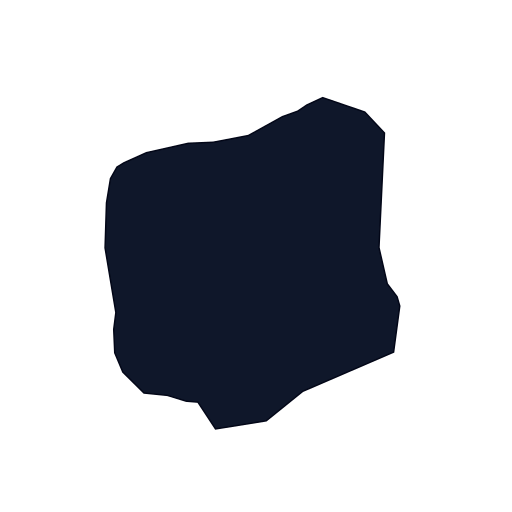 Šmarje pri Jelšah, orthographic projection, rotated 23°
{"feature_id": "SVN-993", "entity_name": "Šmarje pri Jelšah", "entity_type": "Municipality", "adm_level": 1, "iso_a3": "SVN", "parent_name": "Slovenia", "parent_adm1": "", "projection": "orthographic", "projection_center": [15.519, 46.216], "detail": "fine", "context": "isolated", "style": "filled", "palette": "ink", "viewbox_px": 512, "rotation_deg": 23, "n_neighbors": 0, "source": "natural_earth", "source_scale": "10m", "svg_char_len": 546}
<svg xmlns="http://www.w3.org/2000/svg" viewBox="0 0 512 512"><g transform="rotate(23 256 256)"><path d="M206.4,425.9L178.8,414.9L163.8,400.3L153.7,379.1L149.1,362.8L113.9,307.5L97.6,265.5L91.8,241.6L93.3,228.4L98.2,221.6L114.8,203.7L149.5,178.8L172.2,168.0L201.9,148.1L225.9,117.4L237.8,106.4L243.9,97.0L255.5,84.2L299.9,81.0L326.2,92.6L365.9,200.2L387.7,230.3L401.8,238.4L407.9,245.9L420.2,290.7L351.9,362.3L329.8,403.7L286.3,431.0L259.6,413.2L248.5,416.9L228.9,418.9L206.4,425.9Z" fill="#0f172a" stroke="#020617" stroke-width="1.5"/></g></svg>